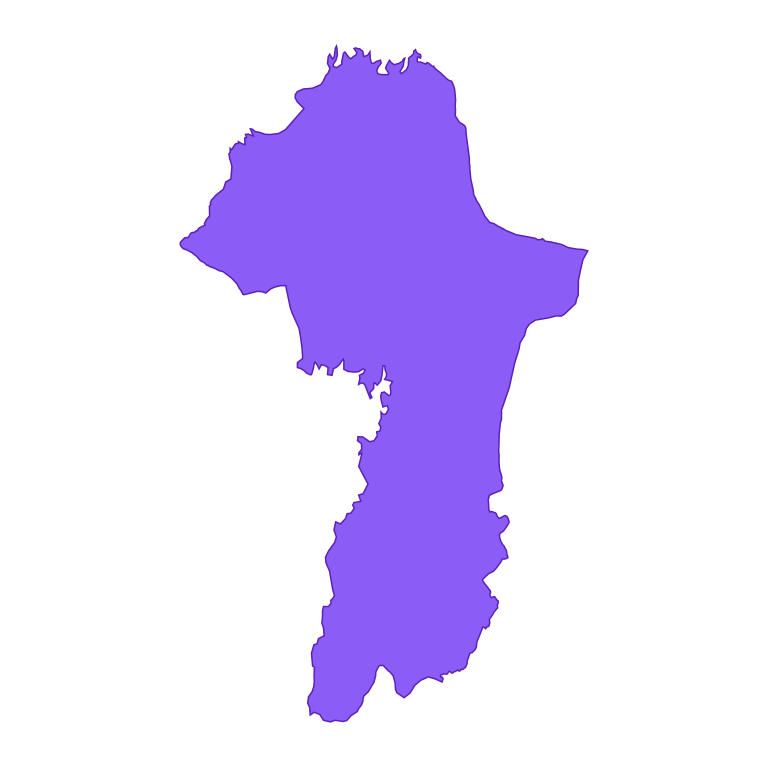 outline of Kouroussa, Kouroussa, Guinea
{"feature_id": "49546643B25969650419510", "entity_name": "Kouroussa", "entity_type": "district", "adm_level": 2, "iso_a3": "GIN", "parent_name": "Guinea", "parent_adm1": "Kouroussa", "projection": "equal_earth", "projection_center": [-10.122, 10.487], "detail": "fine", "context": "isolated", "style": "filled", "palette": "violet", "viewbox_px": 768, "rotation_deg": 0, "n_neighbors": 0, "source": "geoboundaries", "source_scale": "gbopen_adm2", "svg_char_len": 6036}
<svg xmlns="http://www.w3.org/2000/svg" viewBox="0 0 768 768"><path d="M297.4,362.6L297.4,367.6L300.0,368.3L303.7,370.3L307.0,373.3L310.3,374.8L311.5,374.6L313.3,368.8L314.2,363.6L315.0,362.1L317.4,365.2L319.1,368.9L321.4,364.7L325.0,365.6L328.1,367.6L327.5,374.6L332.0,375.3L333.4,368.7L336.0,367.5L339.1,365.0L343.2,359.1L343.9,360.8L343.8,369.2L347.9,371.4L354.3,372.1L358.4,371.8L362.9,369.0L365.1,370.1L363.3,373.4L359.5,375.2L359.9,378.4L358.6,384.4L361.6,382.8L364.7,384.3L370.2,398.6L371.9,397.5L369.8,392.7L373.7,388.5L373.8,383.2L375.1,383.1L377.2,385.2L380.9,380.6L382.1,373.9L383.0,365.7L384.9,366.0L385.0,369.4L386.6,374.0L386.3,376.6L384.6,379.4L392.5,381.5L390.1,385.8L390.7,391.1L390.6,394.6L388.9,395.7L384.4,392.0L381.6,392.6L380.7,396.1L381.1,399.6L382.9,407.0L387.3,405.6L388.4,409.5L385.8,414.1L382.9,414.3L381.0,412.1L381.3,418.0L378.8,423.6L380.8,427.0L379.9,431.1L376.7,431.8L377.3,435.9L373.9,440.8L369.6,441.7L362.8,437.0L358.0,436.7L357.5,440.7L361.4,443.6L361.7,449.1L358.8,453.1L358.9,454.8L361.7,452.9L361.4,455.6L358.7,466.4L368.0,484.1L363.0,493.8L358.6,495.1L360.9,501.3L353.9,502.6L352.7,505.2L354.3,508.1L351.0,513.1L347.1,513.7L345.7,518.4L340.5,523.9L335.7,521.9L334.0,529.9L336.4,537.0L334.6,542.6L328.7,550.7L325.5,557.2L326.0,562.7L329.6,571.3L332.7,589.6L334.5,595.6L332.5,598.8L330.8,600.3L331.1,603.1L328.4,606.6L323.5,606.5L322.5,610.8L322.5,616.0L321.9,623.4L323.5,627.7L324.1,635.7L318.5,638.6L317.0,643.8L313.9,644.8L311.5,653.2L312.6,666.0L314.4,667.0L314.1,675.2L314.3,681.7L313.7,686.9L312.1,691.7L308.5,696.8L307.7,703.1L309.6,707.4L310.2,715.0L314.1,712.3L319.7,714.4L323.5,720.3L330.5,721.9L335.1,720.3L343.2,721.5L346.7,720.6L351.0,715.7L357.3,711.5L358.7,708.5L361.6,704.8L362.9,701.3L363.1,697.8L364.1,695.7L368.2,691.9L374.0,682.0L375.6,675.9L375.9,671.7L379.0,665.7L383.2,665.4L388.2,670.8L390.2,672.2L393.2,675.8L395.2,683.2L395.4,688.8L396.7,692.6L404.1,697.7L410.0,693.1L414.9,685.3L420.5,680.4L428.3,676.9L434.6,678.7L442.1,682.0L443.1,678.7L442.1,677.1L440.5,677.0L440.6,675.1L444.2,673.8L446.8,674.2L449.4,671.3L450.0,671.4L451.7,673.1L452.9,672.9L453.7,671.9L455.2,671.6L457.6,670.0L458.6,670.9L459.7,671.0L461.4,669.4L462.8,669.4L465.5,667.3L467.0,663.9L467.2,660.9L470.0,653.0L472.0,652.8L475.4,649.3L476.3,647.1L476.8,642.2L482.9,627.0L483.7,627.1L485.7,628.7L487.5,626.4L488.4,626.6L489.1,625.6L489.8,622.7L489.3,619.4L492.4,615.1L494.1,611.9L497.4,608.1L497.6,607.1L497.3,605.1L498.2,603.1L498.3,601.1L496.9,600.0L494.6,596.7L491.1,597.4L490.3,596.3L489.7,594.3L490.5,593.3L490.6,591.9L490.0,590.4L484.3,583.1L482.7,580.6L482.7,579.2L488.5,573.8L493.5,571.2L496.7,567.6L500.9,561.9L502.3,559.1L505.5,558.9L507.7,557.9L507.9,556.9L507.0,554.4L506.5,550.8L504.0,545.9L503.0,545.1L501.0,541.7L499.6,537.2L499.5,534.0L503.7,530.7L505.8,527.9L509.0,522.7L509.0,521.1L507.7,517.5L506.7,516.3L505.0,515.5L499.1,518.5L497.2,516.3L496.1,513.4L495.3,512.8L491.2,511.4L489.6,512.0L488.8,509.4L488.5,502.0L488.1,500.6L489.3,495.6L491.5,494.2L500.8,490.4L502.0,489.0L503.1,485.5L501.4,480.7L501.9,478.0L501.4,475.1L500.0,471.0L499.4,467.5L499.0,462.0L499.1,455.1L498.7,451.5L499.2,434.5L500.3,423.4L501.5,419.1L501.5,410.1L509.2,387.7L514.6,363.4L519.0,349.1L520.1,342.7L524.6,335.3L526.2,328.6L529.6,323.9L535.4,320.1L548.5,317.9L556.1,315.9L561.2,316.1L564.4,314.2L575.6,303.5L576.7,298.6L578.2,295.4L578.4,280.5L580.6,269.6L583.0,259.5L587.8,250.9L582.9,249.5L576.6,249.1L567.9,247.5L561.7,244.5L550.1,241.8L544.7,241.1L544.1,240.0L542.4,238.6L540.8,239.6L537.9,239.8L535.0,238.2L516.1,234.7L505.1,230.1L503.0,228.5L502.1,228.7L501.1,227.6L498.9,226.7L493.9,223.6L489.8,222.5L485.0,216.5L479.3,204.9L475.9,199.6L476.0,198.9L473.8,195.1L473.4,191.1L470.8,179.1L469.8,168.7L469.9,166.4L469.3,163.0L469.4,158.7L466.2,134.3L465.8,128.2L464.9,126.0L463.6,124.8L459.4,122.3L455.3,115.9L455.5,109.8L455.2,106.3L455.6,100.0L454.7,89.6L453.8,86.1L451.6,81.2L448.9,80.4L446.6,78.7L440.7,73.0L436.3,69.6L434.1,67.2L433.8,66.2L432.9,66.7L428.8,63.3L427.1,62.5L425.8,64.0L420.7,62.1L417.9,62.0L417.3,61.5L417.1,59.9L417.7,56.8L420.5,58.1L420.9,56.4L420.4,54.5L417.9,53.6L416.4,52.2L415.5,49.7L413.9,50.9L413.4,54.2L408.7,58.1L408.3,65.7L406.4,69.8L402.8,72.6L401.0,73.4L399.9,71.7L403.3,66.2L403.6,63.0L404.8,58.2L403.6,58.8L402.4,61.2L399.0,63.4L394.2,64.7L391.0,62.4L389.5,60.3L386.7,65.2L385.6,68.2L388.7,73.3L387.9,74.7L381.2,74.6L377.9,73.8L376.7,70.8L378.2,67.1L381.2,63.1L380.4,60.2L376.3,61.5L373.3,63.5L371.2,62.7L370.3,58.4L369.9,51.9L367.7,55.3L363.9,56.6L362.7,51.3L359.7,48.8L358.1,48.8L355.7,47.9L354.0,48.5L356.9,52.9L356.0,55.0L353.8,56.2L350.8,58.8L348.8,57.3L344.9,52.0L343.5,53.2L342.9,55.9L341.7,61.9L341.9,64.2L336.6,67.6L333.2,66.5L333.6,63.6L335.9,60.4L337.4,55.2L337.0,48.4L336.4,46.1L335.3,48.5L334.2,56.7L332.5,59.0L329.8,54.2L328.3,56.4L327.5,63.5L330.0,68.4L328.1,73.1L325.8,75.6L323.0,81.7L320.7,84.7L312.6,88.2L303.3,89.0L297.3,91.6L295.3,94.7L295.2,97.9L297.3,101.9L303.9,108.6L285.5,129.6L278.9,133.4L270.5,134.5L265.0,134.3L259.7,132.4L255.4,131.6L252.1,129.1L250.3,128.8L253.3,136.0L248.3,134.1L245.5,134.4L246.5,137.5L244.7,138.0L245.0,144.7L241.8,143.7L238.4,141.6L238.4,143.3L235.9,143.7L234.8,144.7L231.5,149.9L230.2,148.4L230.2,152.4L228.9,153.8L229.7,158.7L231.2,163.3L231.9,166.7L230.9,179.0L225.8,181.9L223.4,189.2L216.2,194.9L211.5,200.1L210.3,202.8L210.7,204.4L209.4,206.3L209.6,215.9L206.5,219.4L204.4,223.6L205.0,225.1L199.3,227.9L197.9,229.4L197.7,230.5L196.1,230.9L194.2,232.5L192.8,232.4L190.8,233.2L188.4,237.3L184.6,237.9L180.8,241.8L180.2,243.0L180.2,244.4L181.4,246.8L183.1,248.6L187.0,250.0L191.8,252.6L196.9,256.6L200.3,260.6L203.8,262.4L207.3,265.5L208.5,265.4L209.2,266.4L215.3,268.6L218.8,270.6L223.0,271.6L231.3,277.8L237.0,283.9L239.4,288.5L241.2,290.7L241.4,291.8L242.4,292.8L242.7,294.1L243.9,294.7L257.3,291.4L261.6,291.6L265.8,293.0L270.7,288.9L274.4,287.2L280.4,285.7L285.7,285.6L290.1,306.9L292.2,313.2L299.0,328.2L300.7,337.9L302.0,347.8L302.7,358.5L297.4,362.6Z" fill="#8b5cf6" stroke="#5b21b6" stroke-width="1.5"/></svg>